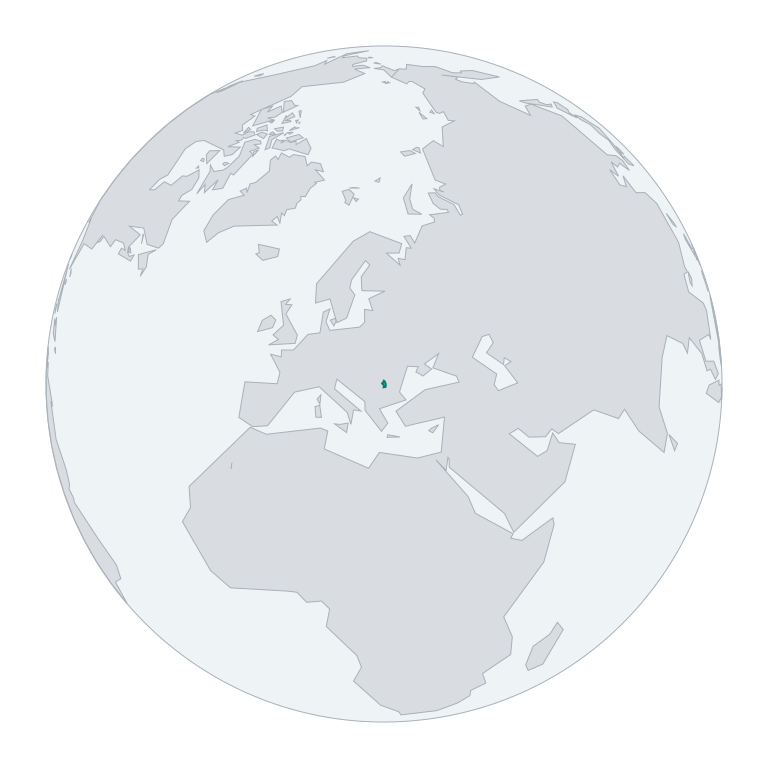 globe centered on Olt, rotated 352°
{"feature_id": "ROU-126", "entity_name": "Olt", "entity_type": "County", "adm_level": 1, "iso_a3": "ROU", "parent_name": "Romania", "parent_adm1": "", "projection": "orthographic", "projection_center": [24.399, 44.334], "detail": "medium", "context": "on_globe", "style": "filled", "palette": "teal", "viewbox_px": 768, "rotation_deg": 352, "n_neighbors": 0, "source": "natural_earth", "source_scale": "10m", "svg_char_len": 11898}
<svg xmlns="http://www.w3.org/2000/svg" viewBox="0 0 768 768"><g transform="rotate(352 384 384)"><circle cx="384" cy="384" r="338" fill="#eef3f6" stroke="#a8b0b8"/><path d="M252.4,72.8L268.3,68.8L258.7,72.1L264.0,71.3L276.4,67.4L283.3,65.1L318.5,62.7L359.7,59.2L372.3,55.7L369.9,59.0L393.3,51.7L415.4,51.8L390.7,53.4L388.4,55.1L403.5,55.5L404.4,57.4L412.2,59.0L411.8,61.6L397.5,63.2L397.0,65.1L407.7,65.4L414.2,68.8L398.5,67.9L408.1,73.9L385.8,79.5L344.2,78.2L331.9,86.2L289.4,98.6L293.4,100.7L279.8,107.9L279.4,113.2L271.6,114.7L278.0,117.8L285.2,115.5L290.4,116.2L290.9,119.4L281.0,121.6L279.4,120.4L276.7,122.7L271.6,122.6L274.3,124.5L262.4,127.3L274.7,129.4L265.6,135.7L257.5,136.3L257.8,129.9L239.8,117.8L231.7,117.7L220.0,123.4L199.0,146.9L190.3,150.1L178.9,159.0L183.8,159.8L194.6,153.2L201.0,157.6L213.4,149.9L217.8,150.9L230.7,146.2L229.3,154.1L220.9,164.5L210.1,169.1L206.1,174.1L216.8,176.0L197.1,191.5L184.9,214.4L179.7,218.1L168.9,212.8L167.8,196.1L153.8,192.2L163.4,202.4L150.3,212.6L148.4,217.9L149.4,222.2L154.5,221.5L150.1,227.0L139.1,218.2L142.8,213.0L146.3,215.6L145.7,208.2L138.2,203.7L132.2,210.0L127.2,198.8L122.8,203.4L119.3,204.1L126.5,197.2L113.4,209.7L106.5,203.3L88.4,226.6L105.7,199.8L111.5,189.4L117.1,179.5L114.0,183.0L125.5,167.1L128.1,163.3L145.7,144.4L164.7,126.9L185.0,110.9L206.5,96.4L229.0,83.7L252.4,72.8ZM93.2,211.8L91.5,214.9L90.4,216.6L93.2,211.8ZM56.5,300.9L56.7,300.1L55.9,307.2L52.2,321.1L54.6,315.6L52.1,329.2L52.7,354.1L51.7,355.3L51.6,393.4L57.4,424.4L58.7,440.3L57.4,443.8L60.8,454.0L60.9,458.3L79.7,498.1L93.8,525.9L96.3,540.1L90.5,542.8L99.1,565.7L97.9,563.8L85.5,542.3L74.6,519.9L65.5,496.8L58.0,473.1L52.4,448.9L48.5,424.3L46.4,399.5L46.2,374.6L47.8,349.8L51.2,325.2L56.5,300.9ZM83.8,232.9L70.6,267.2L73.3,255.1L73.6,255.6L78.0,245.2L84.5,230.2L88.2,221.2L83.8,232.9ZM88.6,231.1L90.5,226.3L89.3,230.2L88.6,231.1ZM286.2,64.0L276.6,67.2L265.1,70.4L272.9,67.3L286.2,64.0ZM308.2,60.0L303.9,61.6L298.3,61.2L302.5,60.4L308.2,60.0ZM381.0,53.2L373.1,53.6L380.5,52.7L381.0,53.2ZM413.3,58.8L415.3,58.3L418.5,59.4L413.3,58.8ZM230.7,142.3L230.7,144.2L228.3,144.1L230.7,142.3ZM236.3,138.7L233.5,137.2L235.7,135.2L237.4,136.2L236.3,138.7ZM421.0,64.5L425.5,66.9L418.4,64.7L421.0,64.5ZM239.2,141.1L240.0,132.1L244.0,128.8L253.8,130.0L239.2,141.1ZM426.5,68.5L437.7,75.0L443.0,74.0L434.1,81.2L427.6,72.9L418.0,70.1L424.9,70.3L426.5,68.5ZM287.3,113.4L279.7,116.0L285.7,111.0L287.3,113.4ZM289.9,110.1L300.8,95.1L312.3,93.4L306.3,98.5L320.9,94.4L321.1,100.8L313.2,104.6L305.7,104.3L311.5,107.1L289.9,110.1ZM427.4,84.5L427.9,86.6L424.6,84.8L427.4,84.5ZM293.0,116.2L294.1,113.1L304.2,111.2L303.7,117.2L300.6,115.8L293.0,116.2ZM324.6,90.4L331.9,90.4L334.2,95.5L337.3,96.3L322.1,100.9L324.6,90.4ZM298.5,117.8L303.1,120.3L298.8,124.2L292.5,119.1L298.5,117.8ZM307.0,108.4L311.8,107.9L309.0,110.0L307.0,108.4ZM285.9,140.2L287.1,136.0L292.5,134.6L285.9,140.2ZM305.1,121.0L306.6,119.7L308.9,118.8L310.9,121.2L305.1,121.0ZM324.7,104.4L324.1,106.7L331.1,102.7L333.0,106.8L322.5,109.3L327.8,109.9L328.4,111.2L319.2,111.9L324.7,104.4ZM319.7,121.2L307.0,126.4L303.7,134.2L298.8,135.5L305.1,122.8L319.7,121.2ZM320.2,115.6L318.8,119.3L313.5,118.8L311.2,116.0L320.2,115.6ZM338.1,108.8L337.8,101.9L340.1,101.7L338.1,108.8ZM319.8,123.5L322.9,122.2L320.2,124.1L319.8,123.5ZM333.7,113.3L333.2,110.8L335.9,110.6L333.7,113.3ZM329.3,122.0L325.2,123.5L323.5,121.6L329.3,122.0ZM332.2,118.1L335.9,118.4L325.4,119.9L331.5,116.9L332.2,118.1ZM336.2,113.5L337.6,112.6L336.0,114.6L336.2,113.5ZM338.2,128.9L325.3,131.4L321.6,126.8L334.5,125.0L338.2,128.9ZM186.3,544.6L165.2,492.2L175.2,479.4L176.7,458.3L245.5,408.2L260.4,417.4L315.0,418.8L321.8,422.7L315.8,440.0L357.0,465.3L369.9,451.1L406.8,462.0L431.2,459.4L439.3,425.2L399.3,428.8L392.1,412.6L423.8,395.4L458.6,392.6L456.9,386.3L434.6,374.8L442.3,361.5L426.8,369.8L433.3,375.8L423.8,381.5L417.3,376.5L420.3,371.7L409.7,369.7L398.2,394.1L403.6,402.8L376.0,407.9L382.3,423.3L374.9,430.5L361.6,407.4L362.6,398.8L338.0,372.6L334.3,381.8L357.4,407.6L350.3,405.4L345.6,419.4L343.6,407.0L319.4,377.7L294.3,379.6L262.9,409.1L248.1,408.0L235.6,396.9L246.6,362.5L278.3,368.9L282.6,358.0L275.9,338.8L286.1,342.8L287.2,336.1L299.1,337.8L315.6,324.3L327.7,324.4L333.9,304.4L340.9,302.1L335.2,314.3L337.8,323.4L367.8,324.3L373.5,320.1L375.1,307.4L383.1,309.8L380.8,297.4L397.9,292.2L375.1,288.5L376.4,274.7L386.5,264.1L382.8,259.2L366.3,276.5L363.5,284.2L367.5,291.7L356.1,313.6L345.9,316.7L342.3,292.2L327.4,294.3L331.2,275.3L373.4,238.3L391.2,231.2L421.1,247.5L417.2,256.4L404.5,254.7L416.5,268.6L415.4,261.5L422.1,263.8L425.0,252.2L429.9,253.3L424.3,240.6L430.6,240.7L434.0,248.8L443.7,232.8L456.7,230.6L456.5,226.5L452.7,222.8L471.8,223.0L470.8,220.0L464.2,218.7L457.9,212.2L454.4,201.1L461.2,201.7L463.4,205.8L478.2,216.0L483.1,227.5L485.5,226.7L482.9,216.9L464.8,204.4L460.7,197.6L470.0,202.3L466.3,200.0L466.4,196.9L472.9,194.6L463.0,189.1L454.9,156.6L466.6,149.9L475.8,157.1L477.3,137.6L490.4,133.2L484.3,131.8L480.9,122.6L476.7,123.7L473.5,122.4L462.9,101.3L465.6,97.5L454.1,88.4L450.9,87.9L448.2,90.0L434.1,81.2L443.0,74.0L449.8,75.4L450.8,70.6L466.0,74.9L479.0,76.8L495.0,85.3L503.9,86.7L503.2,84.7L514.9,85.8L541.0,96.0L522.7,96.0L484.0,86.0L500.0,90.4L497.2,92.2L503.5,95.7L514.7,99.0L515.5,97.6L537.8,120.1L566.5,138.4L562.5,128.5L568.4,127.3L597.5,143.3L637.0,188.2L645.3,190.1L651.5,196.1L656.7,206.7L647.9,198.1L645.6,201.6L639.8,195.6L645.2,210.9L637.2,203.1L645.3,219.6L651.4,222.3L649.7,211.1L660.2,229.6L669.1,230.8L679.3,243.3L695.4,284.7L698.0,309.7L700.1,315.3L696.3,317.0L698.5,335.2L711.4,348.2L713.6,356.1L713.8,385.4L712.5,380.1L702.5,384.7L705.9,406.2L713.7,407.3L716.5,420.2L712.9,425.5L709.3,414.8L705.7,415.9L703.0,398.4L692.8,380.6L688.8,395.6L685.5,385.4L670.9,375.5L663.1,396.6L653.2,445.0L657.8,472.3L651.8,490.8L629.7,465.9L618.7,442.5L611.4,450.9L588.1,438.8L549.8,457.4L543.8,451.8L536.7,458.7L520.2,456.8L510.8,446.6L501.1,450.7L526.0,477.1L536.4,472.6L544.2,456.0L549.3,466.5L565.1,470.3L549.6,506.0L491.8,548.9L485.3,529.0L437.0,475.4L438.0,467.8L437.7,467.0L437.1,465.6L433.5,478.1L424.9,466.5L451.6,507.2L456.5,524.8L491.0,550.3L488.0,554.3L498.8,558.1L532.6,540.0L532.9,546.8L517.5,582.5L470.1,631.3L475.9,652.1L471.8,669.5L441.3,684.4L443.2,694.3L427.3,699.5L425.7,704.5L412.5,710.1L390.8,714.8L354.7,714.0L353.1,710.7L336.0,701.6L312.5,674.0L322.3,661.3L319.3,649.1L293.1,616.1L298.9,599.2L291.8,590.2L277.1,589.4L268.7,578.1L259.8,575.7L203.6,564.5L186.3,544.6ZM222.5,440.7L220.7,447.0L222.5,440.7ZM496.3,406.5L516.6,401.5L506.0,382.7L512.9,379.5L506.7,374.6L505.1,381.4L489.8,367.3L498.0,358.2L494.8,349.4L487.8,350.7L475.2,369.8L497.0,389.8L493.0,400.0L496.3,406.5ZM52.8,354.7L52.4,360.5L52.0,356.5L52.8,354.7ZM71.2,258.6L69.6,263.8L67.9,268.4L68.7,265.3L71.2,258.6ZM63.7,301.4L63.0,308.4L62.6,303.3L63.7,301.4ZM69.1,272.3L64.1,296.2L63.5,288.2L67.1,273.4L66.1,280.4L69.1,272.3ZM84.3,235.9L82.8,239.9L81.6,241.2L84.3,235.9ZM87.8,234.1L88.0,233.1L89.8,229.7L87.8,234.1ZM151.0,213.1L151.7,214.0L151.6,219.0L149.4,218.0L151.0,213.1ZM164.9,235.0L157.6,243.4L161.3,236.4L156.7,236.1L158.8,221.7L177.3,219.3L168.5,222.7L164.9,235.0ZM166.7,202.7L163.3,211.5L166.3,202.1L166.7,202.7ZM281.7,300.2L285.8,305.6L281.4,312.7L266.1,314.5L272.4,304.0L281.7,300.2ZM292.7,311.8L293.5,288.1L303.0,286.7L297.6,291.4L303.8,292.8L296.6,300.9L305.0,323.5L301.6,331.4L275.2,329.2L285.7,325.3L281.0,319.9L292.7,311.8ZM278.7,236.7L279.1,228.2L299.2,235.8L296.5,243.0L281.0,244.7L275.2,237.3L278.7,236.7ZM256.2,145.7L255.1,143.2L257.8,142.4L261.0,143.8L256.2,145.7ZM286.1,138.3L264.0,156.1L261.6,154.0L251.5,167.8L241.2,167.9L248.1,158.7L232.7,169.6L234.7,161.4L225.0,169.6L241.3,149.3L242.6,143.0L245.1,149.9L254.5,149.8L258.9,147.9L272.5,138.1L279.8,125.2L290.3,123.8L295.7,126.3L295.6,129.1L288.8,129.0L293.4,132.9L283.5,135.0L286.1,138.3ZM353.6,165.3L345.8,162.3L353.5,173.8L343.6,174.6L345.1,175.9L338.1,180.0L332.2,187.5L327.7,186.7L327.4,190.0L322.7,193.1L320.7,197.5L311.9,197.9L308.8,203.4L306.4,200.5L303.3,210.1L301.6,203.3L295.5,207.1L300.3,211.7L257.6,206.8L241.0,211.2L228.1,219.0L226.9,207.2L238.3,192.8L255.7,179.7L271.8,177.6L268.4,173.0L275.1,170.8L275.0,175.3L279.2,167.2L284.7,166.7L300.1,157.2L302.7,146.5L308.4,143.1L310.2,147.1L314.6,141.0L321.8,146.3L326.1,144.2L337.4,147.7L338.3,157.2L343.0,154.1L351.8,157.0L353.6,165.3ZM341.2,130.1L344.5,140.5L340.7,146.3L322.6,137.9L317.8,139.1L306.0,134.7L311.7,126.6L314.6,128.5L318.6,128.6L315.2,131.1L321.0,129.1L325.1,131.9L330.7,131.2L330.3,134.7L341.2,130.1ZM329.5,416.6L334.8,417.9L343.0,417.7L340.2,426.9L329.5,416.6ZM312.6,396.8L317.4,396.2L317.4,408.4L311.9,407.3L312.6,396.8ZM320.0,385.9L317.7,395.2L315.7,389.6L320.0,385.9ZM339.7,313.3L344.7,312.1L345.3,315.1L342.5,319.5L339.7,313.3ZM374.2,202.1L370.4,198.8L371.9,197.2L369.4,187.4L376.5,186.4L380.8,191.9L374.2,202.1ZM432.5,431.9L425.5,439.1L421.8,436.4L424.9,434.4L432.5,431.9ZM380.7,434.7L392.5,438.7L379.7,437.2L380.7,434.7ZM381.6,199.4L379.7,195.3L384.4,197.4L381.6,199.4ZM381.5,185.2L387.1,186.6L377.0,185.1L381.5,185.2ZM527.3,652.1L502.2,683.5L486.9,687.7L485.2,681.9L495.2,664.5L513.4,654.8L522.6,644.1L527.3,652.1ZM716.4,444.9L715.3,449.6L716.6,442.9L718.1,434.8L716.4,444.9ZM716.4,443.7L712.9,448.9L701.8,437.9L705.9,430.3L716.2,426.8L715.7,431.9L717.9,430.9L716.4,443.7ZM720.9,410.6L720.6,413.5L720.4,404.7L720.6,395.0L721.2,389.5L719.1,343.7L719.2,341.6L720.9,358.4L721.0,358.6L721.9,384.6L720.9,410.6ZM659.2,473.7L666.4,483.7L662.5,490.4L659.2,473.7ZM714.8,318.3L717.9,337.5L714.0,315.7L714.8,318.3ZM710.4,300.7L711.9,305.3L710.9,304.0L710.4,300.7ZM703.3,322.4L702.8,329.7L701.2,326.3L700.8,315.0L703.3,322.4ZM687.2,254.3L693.4,264.7L695.5,269.4L692.2,265.9L687.2,254.3ZM439.6,189.8L435.2,204.2L436.7,214.9L445.0,221.1L431.5,219.0L429.1,202.4L439.6,189.8ZM452.3,160.4L445.0,155.8L449.3,154.2L451.6,155.1L452.3,160.4ZM447.1,160.1L436.1,161.3L432.8,156.5L442.1,156.4L447.1,160.1ZM408.9,179.4L407.1,183.6L403.3,181.7L408.9,179.4ZM711.9,302.2L713.8,310.9L710.7,298.0L711.9,302.2ZM713.4,309.5L711.9,304.1L711.2,300.4L713.4,309.5ZM710.7,297.6L708.0,288.2L708.9,291.2L710.7,297.6ZM707.7,292.7L709.2,292.8L710.1,301.2L702.5,282.6L701.5,276.8L707.7,292.7ZM653.5,190.0L649.4,186.5L646.4,180.7L650.0,184.7L653.5,190.0ZM632.7,160.7L644.2,178.1L652.9,193.3L653.7,192.0L661.9,202.7L656.8,200.2L645.5,183.7L640.3,173.8L632.6,166.2L624.6,156.0L615.7,149.6L610.0,143.9L616.4,146.8L632.7,160.7ZM612.1,147.4L593.8,134.9L591.2,128.2L594.6,129.4L604.1,137.8L604.9,140.8L612.1,147.4ZM588.6,130.1L589.1,133.1L563.5,125.5L557.4,122.4L575.6,123.5L577.1,126.6L583.9,130.0L588.6,130.1ZM431.4,86.4L428.3,86.6L429.8,85.1L431.4,86.4ZM471.3,123.3L467.2,121.3L469.2,119.3L471.3,123.3ZM456.9,114.9L457.6,118.6L454.1,114.4L456.9,114.9ZM459.5,127.0L456.5,119.9L463.4,127.2L459.5,127.0Z" fill="#d9dde1" stroke="#a8b0b8" stroke-width="1"/><path d="M383.0,387.4L382.9,387.4L383.2,386.9L383.3,386.8L383.3,386.7L383.5,386.4L383.4,386.2L383.5,386.1L383.5,385.9L383.2,385.8L383.2,385.7L383.2,385.4L383.3,385.3L383.5,385.4L383.4,385.2L383.4,384.9L383.4,384.7L383.0,384.4L382.9,384.3L382.8,384.1L382.6,384.0L382.5,383.8L382.5,383.7L382.3,383.6L382.1,383.4L381.9,383.3L381.9,383.2L382.0,383.0L382.1,382.8L382.3,382.7L382.5,382.7L382.6,382.8L382.9,382.7L383.0,382.6L383.4,382.6L383.4,382.4L383.5,382.3L383.6,382.5L383.7,382.4L383.6,382.2L383.5,381.7L383.7,381.3L383.8,380.9L383.9,380.7L384.0,380.6L384.2,381.0L384.3,381.1L384.5,381.0L384.5,380.9L384.6,380.7L384.7,380.8L384.7,381.0L384.9,381.4L385.0,381.5L385.3,381.6L385.2,381.8L385.3,382.0L385.4,382.3L385.4,382.5L385.5,382.7L385.4,382.9L385.5,383.0L385.5,383.4L385.5,383.5L385.8,383.6L385.9,383.8L385.8,384.0L385.9,384.5L385.8,384.8L385.8,385.0L385.9,385.3L385.6,385.4L385.4,385.6L385.2,385.6L385.0,385.8L385.0,386.0L385.1,386.4L385.3,386.7L385.5,387.0L385.3,387.2L385.1,387.4L384.4,387.1L384.1,387.2L383.9,387.4L383.0,387.4Z" fill="#14b8a6" stroke="#0f766e" stroke-width="1.5"/></g></svg>